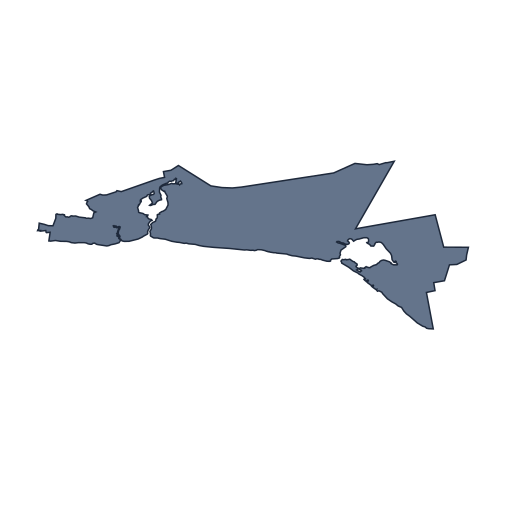 the district of Kilifi North, Coast, Kenya, rotated 80°
{"feature_id": "3690345B15365868811730", "entity_name": "Kilifi North", "entity_type": "district", "adm_level": 2, "iso_a3": "KEN", "parent_name": "Kenya", "parent_adm1": "Coast", "projection": "equal_earth", "projection_center": [39.892, -3.499], "detail": "fine", "context": "isolated", "style": "filled", "palette": "slate", "viewbox_px": 512, "rotation_deg": 80, "n_neighbors": 0, "source": "geoboundaries", "source_scale": "gbopen_adm2", "svg_char_len": 6157}
<svg xmlns="http://www.w3.org/2000/svg" viewBox="0 0 512 512"><g transform="rotate(80 256 256)"><path d="M167.5,381.6L168.5,382.7L169.9,392.6L169.4,396.3L168.1,398.9L171.7,413.7L172.3,412.6L173.1,412.3L173.5,412.9L175.2,413.9L178.4,412.1L180.5,411.6L181.6,410.1L183.2,408.7L184.8,406.2L185.3,408.2L190.0,410.2L190.4,412.2L189.6,414.6L189.5,416.0L189.3,416.8L188.8,417.3L187.0,423.4L185.3,426.6L184.9,429.7L184.4,430.3L184.5,431.8L185.0,432.3L185.3,433.9L184.7,434.9L184.5,436.5L182.6,437.9L182.1,437.6L181.4,439.2L181.3,441.2L180.4,444.3L180.0,444.5L180.0,445.1L180.3,445.8L184.1,446.6L191.0,450.7L190.0,455.4L188.1,458.9L186.0,463.8L192.4,465.6L192.3,466.2L193.1,466.7L193.4,464.2L193.8,464.6L194.1,464.0L194.4,458.6L196.2,458.6L196.6,458.3L196.9,454.6L205.2,457.4L205.7,455.7L205.9,450.8L207.6,445.9L208.7,440.1L209.5,437.7L210.3,436.2L210.7,435.8L211.8,432.1L212.0,428.6L213.1,422.6L213.7,420.9L214.9,419.2L215.7,417.1L215.9,415.6L215.2,414.6L215.3,412.6L216.8,411.0L217.4,409.5L220.2,401.2L220.2,399.0L219.7,397.0L219.6,392.7L219.1,388.6L217.3,386.9L216.2,386.9L214.9,388.1L214.2,388.1L213.8,387.4L213.3,387.2L212.8,387.5L212.6,389.0L212.2,389.4L211.7,389.4L210.8,388.8L209.8,389.3L209.0,388.4L207.6,387.9L204.1,385.8L204.0,388.2L203.1,389.5L203.2,390.4L202.8,391.1L201.5,391.3L201.4,390.6L201.9,390.0L202.2,388.6L203.4,387.9L203.2,386.0L203.3,385.3L203.9,384.7L206.2,385.9L206.7,386.7L210.0,387.9L211.0,387.3L211.8,388.1L212.4,386.7L213.5,386.6L213.9,387.2L214.9,387.6L216.1,386.2L217.9,385.3L218.7,383.3L219.5,378.5L218.8,369.0L217.5,364.4L217.1,363.8L215.6,359.3L215.1,358.7L213.4,358.6L211.9,357.8L209.7,355.8L208.5,355.8L206.9,356.7L205.6,356.4L203.3,354.1L202.9,352.2L202.0,352.6L200.9,355.0L199.9,355.8L198.5,356.2L198.2,357.0L197.8,356.7L197.5,355.6L196.9,355.3L196.0,358.4L194.5,359.9L193.0,363.5L192.5,364.0L191.1,363.8L187.7,364.2L186.4,363.2L185.5,363.0L185.0,362.5L185.3,362.0L183.7,360.9L182.5,359.6L181.7,359.5L181.6,360.4L180.5,359.9L179.3,357.3L178.3,353.3L177.2,352.5L176.9,351.8L177.0,349.5L176.2,348.9L175.7,348.9L175.0,347.0L174.4,346.5L174.2,345.6L176.7,345.3L177.2,345.8L177.6,346.4L177.6,347.9L178.3,350.2L178.8,350.8L180.6,350.8L183.3,349.3L185.6,348.8L186.0,349.0L187.6,352.0L187.9,351.5L187.9,350.6L187.4,348.4L187.6,346.5L185.1,343.9L184.3,341.5L184.2,339.3L183.5,339.1L181.3,339.6L179.7,339.0L176.3,340.0L172.3,339.1L171.1,338.3L169.8,335.8L168.8,331.7L168.9,330.7L168.6,330.0L168.1,329.8L167.3,328.1L167.7,326.7L167.4,324.8L167.5,324.1L166.3,323.1L166.1,321.6L165.6,321.4L166.0,320.9L166.5,321.0L166.9,321.8L167.7,321.5L170.1,322.4L170.6,321.8L170.6,320.1L170.4,319.5L169.7,319.1L169.1,317.3L170.9,316.5L171.9,316.5L171.9,317.9L172.7,318.9L172.0,319.1L171.8,320.3L170.8,322.6L170.5,325.3L169.8,326.4L170.4,329.4L170.4,334.5L171.2,336.9L171.9,337.9L173.0,338.1L174.6,337.3L176.4,335.4L176.3,334.7L177.6,334.5L181.5,333.0L182.2,333.0L183.9,333.9L188.1,333.4L190.6,333.8L194.5,336.8L195.7,339.5L195.9,341.1L196.8,343.3L197.1,343.7L198.0,343.7L198.0,345.4L198.3,346.1L200.7,346.4L201.6,347.0L202.2,348.0L204.0,348.7L204.5,349.3L205.0,351.7L206.7,354.2L208.3,353.9L210.1,354.0L211.3,354.4L213.3,356.2L215.6,356.0L217.7,356.5L218.1,356.3L220.3,353.8L220.7,352.5L221.2,349.8L222.2,347.5L223.7,342.5L226.9,336.4L228.7,331.4L229.3,329.1L231.1,324.5L231.2,322.4L232.3,320.2L234.0,313.8L235.8,310.2L237.4,305.9L240.2,296.0L243.9,281.0L248.1,266.3L248.3,264.1L249.5,260.3L249.8,257.9L250.4,256.7L250.4,254.9L250.0,253.3L250.8,249.6L252.4,245.9L253.1,245.0L253.6,243.6L254.0,243.3L254.1,242.1L254.5,241.8L255.8,238.1L256.3,235.7L256.7,235.2L259.4,225.4L260.4,223.8L262.0,220.4L263.0,216.8L266.2,208.7L267.7,203.7L267.7,201.4L269.5,198.0L269.3,196.7L269.7,195.0L270.2,194.5L270.6,192.7L271.5,191.4L273.5,187.0L274.1,184.1L273.9,183.5L273.1,183.4L272.1,181.8L272.7,176.0L272.5,174.5L272.2,174.0L270.9,173.9L269.5,172.6L267.9,172.8L265.0,171.3L262.4,165.9L261.4,165.8L260.9,166.3L258.0,171.3L257.4,172.9L256.2,174.2L255.8,173.8L256.0,172.0L256.4,171.2L257.7,169.8L258.4,167.7L259.9,165.8L260.5,163.8L260.1,162.4L259.3,161.8L258.0,162.3L257.1,163.3L256.4,163.0L255.4,161.4L255.2,160.5L256.0,158.8L258.4,157.3L257.5,155.2L257.1,153.6L257.2,151.5L256.7,146.7L257.2,143.7L258.2,142.5L258.8,142.3L261.0,142.5L262.0,143.2L262.0,144.5L262.6,144.3L264.4,142.0L266.1,141.2L266.7,138.4L265.1,136.9L264.5,136.8L263.3,135.2L263.6,134.0L263.5,132.5L264.5,130.2L266.8,128.6L271.5,126.5L276.6,123.1L279.1,122.4L283.3,122.6L285.9,121.4L286.2,120.8L285.6,120.6L285.3,119.3L285.8,118.9L286.6,119.5L287.9,118.3L288.6,118.1L289.2,118.6L288.6,122.1L286.9,124.4L286.4,124.1L284.9,125.6L282.7,129.5L282.1,131.1L282.1,131.8L282.2,133.3L282.9,134.9L283.9,135.9L284.4,137.5L285.4,138.8L285.7,141.8L286.9,145.3L287.3,145.8L286.8,147.6L286.4,147.9L286.2,148.9L285.6,149.4L286.5,151.3L286.9,151.1L287.0,151.6L285.8,155.4L286.3,156.2L287.0,156.6L288.4,154.7L288.9,154.6L289.3,155.6L289.8,156.2L288.5,158.0L287.2,159.4L286.7,158.1L285.7,157.5L285.1,158.5L283.9,159.3L283.4,159.3L282.5,157.9L281.4,157.9L279.7,159.7L278.9,160.1L278.1,161.6L275.4,164.2L275.5,165.6L275.4,167.8L275.0,168.0L274.8,168.5L274.9,170.2L274.4,171.6L275.8,173.2L277.3,172.7L277.9,172.8L283.2,166.6L287.6,162.6L290.5,158.6L291.6,157.8L293.9,154.9L295.6,153.3L297.5,152.2L297.7,152.7L297.4,153.4L297.8,153.8L299.3,152.7L299.7,152.3L299.1,150.0L299.5,149.6L300.0,149.7L300.3,150.2L300.2,151.9L300.6,151.7L301.3,150.7L301.8,150.7L305.4,147.2L305.0,145.7L305.5,145.4L306.1,145.7L306.1,147.2L306.7,146.8L309.8,143.8L309.8,142.9L310.3,143.3L311.8,142.5L311.6,141.0L313.5,138.4L315.1,137.8L321.0,134.0L324.8,130.1L327.4,126.8L329.9,124.7L331.9,121.6L336.0,119.9L339.1,117.9L342.0,115.1L349.9,108.8L354.1,104.0L355.2,101.8L356.8,100.5L357.6,98.5L358.6,94.1L321.5,94.5L321.2,85.7L313.1,85.6L313.1,74.7L298.3,67.0L299.2,59.7L296.4,49.8L291.6,48.4L284.3,45.3L279.9,69.6L246.5,72.4L246.5,153.3L186.7,103.4L186.9,111.0L186.6,111.8L187.4,118.8L186.1,120.6L186.1,124.4L185.4,130.9L182.0,142.5L187.7,165.1L185.6,258.2L184.9,267.4L182.7,277.6L179.1,288.3L153.4,316.7L156.8,324.9L156.8,332.5L162.7,332.4L162.8,337.6L163.6,343.4L169.2,377.5L167.5,381.6Z" fill="#64748b" stroke="#1e293b" stroke-width="1.5"/></g></svg>